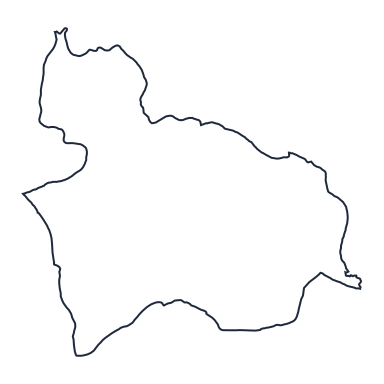 Mensura, Gash Barka, Eritrea
{"feature_id": "51966322B6823166627891", "entity_name": "Mensura", "entity_type": "district", "adm_level": 2, "iso_a3": "ERI", "parent_name": "Eritrea", "parent_adm1": "Gash Barka", "projection": "albers", "projection_center": [38.235, 15.48], "detail": "fine", "context": "isolated", "style": "outline", "palette": "slate", "viewbox_px": 384, "rotation_deg": 0, "n_neighbors": 0, "source": "geoboundaries", "source_scale": "gbopen_adm2", "svg_char_len": 5849}
<svg xmlns="http://www.w3.org/2000/svg" viewBox="0 0 384 384"><path d="M23.0,193.8L23.8,194.8L24.9,195.6L28.1,199.6L31.2,202.5L32.8,204.9L33.5,205.4L34.8,206.8L35.4,208.0L36.5,209.5L37.6,211.9L37.6,212.7L38.6,213.0L40.5,215.4L43.7,220.1L47.3,226.0L47.6,227.0L49.2,230.1L50.5,233.9L51.5,238.1L52.1,244.5L52.5,252.3L53.6,259.8L54.1,262.4L53.9,263.9L54.2,264.5L57.4,265.7L59.2,266.9L60.2,268.6L59.9,270.4L59.3,271.7L59.8,274.8L59.9,276.5L59.2,280.0L59.2,282.4L59.5,286.3L59.9,289.2L60.7,293.0L60.8,296.5L62.4,300.9L63.7,303.4L66.4,307.2L68.9,310.0L71.1,313.7L72.3,317.9L74.9,322.9L75.2,324.0L75.3,327.1L74.2,330.9L73.7,333.6L72.8,336.2L73.6,339.8L73.9,344.6L74.8,351.3L75.9,354.9L76.5,355.6L76.9,355.7L80.8,355.8L83.6,355.4L87.5,354.4L90.8,352.9L93.9,350.6L95.8,348.0L98.4,344.7L101.1,342.0L102.5,340.3L105.3,337.9L111.6,333.4L115.5,331.0L118.9,329.2L121.0,327.7L123.8,326.7L126.9,326.2L129.1,325.0L132.1,323.0L132.6,322.7L135.0,319.4L136.9,317.4L139.3,314.4L142.2,311.3L144.8,308.9L147.2,306.9L151.2,304.3L155.8,302.5L158.8,302.1L161.2,302.5L162.1,303.1L163.5,305.3L164.0,305.5L165.2,304.8L168.0,303.4L170.8,302.9L172.3,302.2L174.6,300.6L179.5,300.1L181.3,300.2L184.4,302.4L186.6,302.4L188.1,302.9L190.0,304.0L191.3,305.4L195.1,306.7L200.7,309.6L204.0,310.7L205.8,311.6L206.4,312.5L206.3,313.7L206.5,314.0L212.1,317.6L214.8,320.2L217.9,324.5L218.7,326.9L219.4,328.1L220.5,329.2L221.8,329.9L223.3,330.2L235.2,330.3L240.0,330.1L255.2,330.6L258.1,330.3L260.4,329.8L260.8,329.2L262.9,328.4L264.6,328.3L266.7,327.7L267.7,327.7L270.2,327.1L273.5,326.3L275.9,325.1L277.2,324.8L280.4,325.3L282.7,325.0L283.3,324.6L286.6,323.9L288.8,323.2L293.1,321.3L294.4,320.4L295.7,318.8L296.8,316.6L297.3,315.0L298.3,311.7L298.7,309.4L301.2,299.2L303.0,295.5L304.0,288.0L309.3,282.1L316.0,277.0L318.7,274.7L320.5,272.8L322.4,273.3L324.4,275.0L330.0,277.9L332.6,279.6L337.6,281.5L340.6,282.4L341.6,283.2L344.8,284.5L345.9,285.3L348.3,286.2L353.9,287.5L356.1,288.4L358.9,288.4L360.1,288.8L360.5,287.4L360.5,286.9L359.5,285.8L359.1,284.5L359.3,283.8L360.7,282.3L361.0,281.5L360.9,280.9L360.0,278.8L358.5,278.1L357.7,278.0L356.4,277.2L356.2,276.4L356.4,275.8L356.3,275.6L355.2,275.8L354.8,275.5L354.3,275.5L352.9,276.2L352.5,275.9L351.9,275.9L351.4,275.4L350.8,275.2L350.4,275.6L350.0,276.3L349.6,276.3L348.1,275.9L346.5,275.9L346.2,275.8L345.8,275.1L345.4,272.3L345.8,272.5L346.8,272.4L348.4,271.6L346.0,268.2L345.8,266.7L344.5,263.3L343.6,262.0L342.5,261.0L341.9,260.1L341.2,258.4L341.0,255.8L340.4,253.7L340.2,251.8L340.5,250.6L340.4,249.8L341.0,248.3L341.0,245.8L342.2,241.6L342.4,238.9L342.7,238.6L343.8,236.4L343.7,235.9L345.0,231.5L345.3,231.1L345.6,230.2L345.7,228.3L346.4,226.2L346.4,225.8L347.2,223.3L347.7,218.3L347.7,216.4L347.1,211.0L346.7,209.8L346.1,206.8L343.1,202.1L338.1,197.8L336.3,196.8L334.8,196.3L333.8,195.7L332.8,194.6L328.6,192.1L328.0,191.0L327.7,189.7L327.5,189.3L325.8,181.2L325.6,179.4L325.9,177.1L325.7,175.3L325.9,173.7L325.3,171.9L324.6,171.1L322.1,169.5L321.4,168.7L320.0,167.7L318.8,167.2L316.8,166.7L314.2,165.2L311.2,161.6L308.0,162.4L306.8,161.6L305.5,159.7L304.5,158.8L299.6,156.7L296.6,155.0L292.3,153.2L291.1,153.3L290.1,153.0L289.4,152.6L288.9,152.6L289.2,155.8L288.9,156.4L287.4,157.3L283.4,157.3L281.7,157.9L278.9,158.5L276.6,158.6L271.6,157.8L265.6,154.6L262.6,152.8L262.0,152.7L260.6,151.7L256.9,148.7L255.7,147.2L255.0,146.7L254.4,146.1L251.7,142.5L250.9,141.8L250.3,141.7L248.8,140.9L248.3,140.2L246.2,138.6L244.9,137.2L242.6,135.9L237.7,132.6L235.2,131.8L233.7,130.9L232.7,130.5L224.9,128.7L222.5,126.3L218.7,124.1L214.7,123.1L212.8,122.4L211.6,122.3L208.9,122.8L207.1,123.4L206.6,123.2L205.6,123.4L203.7,124.2L201.0,125.1L200.5,122.3L199.6,120.7L198.5,120.0L196.2,119.5L195.6,119.1L193.3,118.5L192.6,117.9L190.3,118.0L189.2,117.9L186.6,118.7L186.0,118.7L184.6,119.4L182.6,120.1L179.8,120.1L178.3,119.7L176.9,118.8L176.4,118.7L174.8,117.8L173.0,116.4L171.2,115.8L169.7,115.7L166.5,116.3L165.3,116.8L155.8,122.5L153.3,123.1L151.9,123.2L150.5,122.2L149.3,120.4L148.6,118.4L148.4,117.1L143.8,112.9L143.6,112.4L143.5,110.2L143.1,107.7L141.7,106.3L140.8,104.5L140.9,102.3L140.9,101.7L140.4,100.6L140.4,98.9L141.1,97.0L143.0,93.9L143.5,92.5L144.8,90.5L146.6,85.2L146.8,84.1L146.7,82.9L145.8,79.9L144.1,77.2L143.1,73.5L141.7,69.9L140.2,67.5L139.1,65.9L137.8,64.5L136.4,62.4L132.8,58.8L130.5,57.5L127.0,55.0L125.0,52.9L123.7,51.2L121.3,48.9L119.7,46.4L118.4,45.7L117.3,45.4L116.0,45.6L114.6,46.3L112.4,47.6L109.4,50.2L108.8,50.4L106.8,50.5L104.8,50.2L101.0,47.8L99.9,47.5L99.2,47.5L97.9,48.1L97.5,48.7L97.1,50.1L96.4,50.7L95.9,50.9L94.0,50.9L90.6,49.8L89.4,49.8L86.2,53.2L83.8,54.5L80.9,55.8L78.9,56.1L73.5,54.8L72.3,54.1L70.4,52.4L68.2,48.5L67.6,46.5L66.5,41.8L65.5,38.8L64.9,35.2L65.0,33.0L65.4,32.2L66.4,31.1L66.9,30.0L66.9,28.8L66.5,28.4L66.0,28.3L65.1,28.2L64.4,28.6L60.3,33.5L59.7,33.6L59.2,33.5L56.7,31.5L56.0,31.9L54.9,32.0L55.5,33.6L55.9,36.4L56.6,39.5L56.3,40.8L55.4,44.0L54.3,46.7L53.0,49.0L47.4,56.2L46.2,58.8L45.6,60.9L43.9,64.9L43.6,68.0L43.6,73.9L42.9,78.2L42.8,80.0L41.9,83.7L40.9,89.6L40.9,94.8L39.8,99.8L39.6,102.4L39.7,103.4L41.0,108.1L41.3,110.5L41.1,112.6L40.7,113.5L39.9,117.1L39.3,118.9L39.6,121.6L40.8,123.2L44.1,125.9L48.0,127.3L48.9,127.4L51.0,127.0L54.1,127.0L57.3,127.9L58.1,128.7L61.4,129.4L62.1,129.8L62.9,130.8L63.9,132.7L64.3,134.0L64.3,135.8L63.8,137.8L63.6,140.4L64.2,141.6L65.5,142.8L66.9,143.2L72.8,143.1L80.7,144.3L82.5,145.2L85.3,147.3L85.8,147.9L86.4,149.3L86.9,151.6L86.9,153.8L86.2,157.5L86.2,160.3L85.5,161.7L84.8,163.9L83.1,167.1L81.8,168.8L80.3,170.2L75.7,173.0L71.6,176.3L67.6,178.7L65.0,179.8L60.7,181.2L58.0,181.5L56.9,181.9L55.7,181.8L52.6,181.9L50.7,182.5L48.9,182.6L47.3,183.2L45.4,184.4L43.7,185.9L42.6,186.2L42.2,186.5L37.8,188.1L37.2,188.7L35.3,189.6L34.7,189.5L33.8,189.8L32.8,190.1L29.6,191.9L27.2,192.4L24.1,193.6L23.0,193.8Z" fill="none" stroke="#1e293b" stroke-width="2"/></svg>